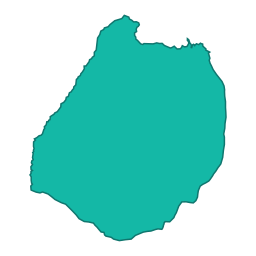 outline of Malabo, Bioko Norte, Equatorial Guinea
{"feature_id": "11065452B197102371645", "entity_name": "Malabo", "entity_type": "district", "adm_level": 2, "iso_a3": "GNQ", "parent_name": "Equatorial Guinea", "parent_adm1": "Bioko Norte", "projection": "robinson", "projection_center": [8.719, 3.675], "detail": "fine", "context": "isolated", "style": "filled", "palette": "teal", "viewbox_px": 256, "rotation_deg": 0, "n_neighbors": 0, "source": "geoboundaries", "source_scale": "gbopen_adm2", "svg_char_len": 2777}
<svg xmlns="http://www.w3.org/2000/svg" viewBox="0 0 256 256"><path d="M209.7,52.1L205.9,50.2L205.9,48.9L202.9,46.2L202.6,44.0L201.6,43.8L200.4,43.2L198.8,44.6L196.4,43.8L195.8,44.5L195.2,44.6L194.7,45.6L193.5,44.3L192.5,44.9L191.7,47.6L191.2,47.5L191.5,45.4L190.8,44.0L189.9,43.1L188.7,39.7L187.4,38.7L187.4,40.4L188.5,41.6L188.8,43.3L187.0,46.5L184.6,46.9L182.3,45.7L181.7,47.2L180.4,48.8L177.1,49.0L174.2,46.2L171.8,47.6L170.3,48.0L164.4,45.5L162.2,43.4L159.4,43.5L156.7,42.9L153.1,43.9L143.9,43.6L142.9,44.5L140.7,43.9L137.3,40.2L135.9,39.2L135.7,37.0L134.6,35.5L134.6,32.8L136.6,31.6L136.2,29.3L136.9,27.3L138.3,26.3L139.3,24.8L138.7,22.9L136.5,21.8L133.6,21.9L131.7,20.2L129.5,19.1L128.8,17.1L124.3,15.4L121.8,18.6L114.8,20.7L110.1,24.5L108.1,26.8L104.4,27.9L103.7,29.5L100.8,31.1L99.8,34.6L97.6,38.0L96.2,50.1L94.3,52.3L94.3,55.8L92.2,57.4L91.7,58.6L89.6,59.7L89.1,61.7L86.1,65.9L84.1,66.1L84.3,68.9L82.4,72.0L80.8,73.8L80.4,75.5L78.2,76.9L77.7,78.3L76.4,79.4L75.8,84.9L73.8,86.9L73.6,88.7L72.4,89.9L71.2,91.8L69.4,92.8L68.3,96.5L66.3,97.3L65.8,99.8L63.7,102.4L61.0,103.8L60.8,106.9L57.3,111.7L54.7,113.0L54.1,114.1L50.2,116.7L50.3,117.7L50.0,119.7L48.7,120.3L48.2,121.7L46.8,121.8L46.2,124.8L44.3,126.8L44.7,128.3L43.8,129.6L42.5,133.7L41.2,135.2L39.0,135.8L36.9,137.6L34.4,138.9L35.4,140.1L33.6,141.9L33.5,146.3L34.1,148.6L33.4,150.2L33.7,151.5L32.7,152.5L33.2,153.5L32.5,157.6L33.2,159.7L31.8,160.9L31.4,162.8L32.5,164.4L30.9,166.8L31.1,169.5L32.4,170.5L31.0,171.4L31.0,173.5L30.0,174.9L31.2,176.8L31.2,180.3L31.6,183.1L32.4,184.2L30.8,186.1L31.1,190.0L31.9,190.4L36.1,192.1L40.0,192.9L42.6,192.0L48.1,194.0L51.5,196.6L55.0,199.5L61.4,202.7L65.7,204.2L68.5,207.0L72.4,210.9L76.2,214.9L79.1,218.7L84.2,221.5L88.9,222.0L93.5,223.1L95.0,225.2L97.0,227.1L99.1,229.7L101.1,232.0L104.0,232.4L104.6,234.9L105.9,236.1L111.2,237.3L113.6,239.1L119.4,240.6L125.3,239.7L131.2,239.1L135.4,235.4L143.3,232.1L147.2,231.4L151.0,231.0L155.7,229.4L158.0,228.9L161.8,229.3L162.3,228.8L162.5,228.3L162.9,227.5L163.1,226.8L163.4,225.9L163.5,225.0L163.9,224.3L164.1,223.1L164.1,222.8L164.6,222.4L164.6,222.2L165.1,221.6L169.7,221.8L172.3,219.2L173.9,217.6L174.7,215.5L176.3,212.7L178.7,206.2L180.5,203.7L181.9,201.9L186.1,201.8L190.5,202.6L193.3,202.9L195.9,200.6L197.5,197.1L197.8,194.0L198.3,190.7L200.2,186.1L202.8,184.3L205.8,182.8L208.8,181.0L210.2,179.3L212.6,175.8L213.7,173.8L215.7,171.3L218.2,167.3L219.3,166.0L220.8,163.9L222.7,157.3L223.4,150.5L224.4,144.5L224.4,137.1L223.7,134.1L224.8,128.3L225.0,123.7L226.0,117.2L225.8,112.3L225.5,107.6L225.5,101.6L224.7,96.1L224.5,91.6L224.6,89.8L224.0,85.9L222.0,81.5L218.7,77.3L216.4,74.4L213.1,69.6L211.3,65.6L210.1,63.3L209.2,60.3L209.9,58.2L209.3,56.2L208.4,53.0L209.7,52.1Z" fill="#14b8a6" stroke="#0f766e" stroke-width="1.5"/></svg>